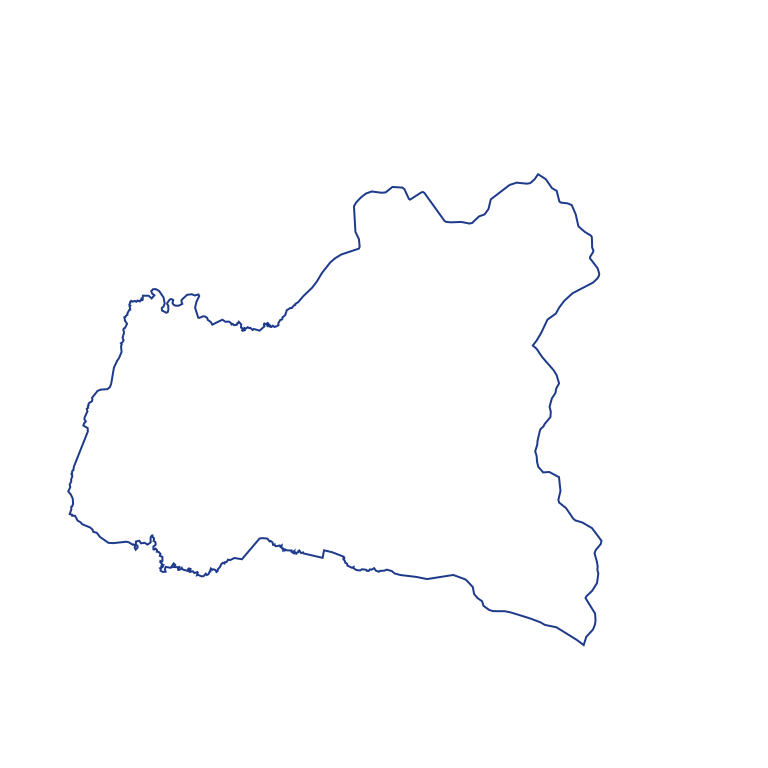 Phu Sang, Phayao, Thailand, rotated 18°
{"feature_id": "78962969B43087545511477", "entity_name": "Phu Sang", "entity_type": "district", "adm_level": 2, "iso_a3": "THA", "parent_name": "Thailand", "parent_adm1": "Phayao", "projection": "robinson", "projection_center": [100.319, 19.641], "detail": "fine", "context": "isolated", "style": "outline", "palette": "blue", "viewbox_px": 768, "rotation_deg": 18, "n_neighbors": 0, "source": "geoboundaries", "source_scale": "gbopen_adm2", "svg_char_len": 6165}
<svg xmlns="http://www.w3.org/2000/svg" viewBox="0 0 768 768"><g transform="rotate(18 384 384)"><path d="M654.6,570.6L654.5,561.9L658.6,553.0L659.0,548.0L658.3,543.6L655.7,537.1L641.8,525.3L642.1,523.3L645.8,516.5L648.1,507.5L646.4,498.0L644.4,494.9L643.6,491.5L641.4,487.2L636.5,479.9L636.7,476.5L639.6,469.2L639.3,465.9L626.4,456.8L615.3,454.4L608.1,454.6L605.6,453.6L595.5,445.8L587.1,442.6L585.6,440.2L584.9,431.2L579.2,418.5L568.3,416.6L562.7,418.9L556.3,415.1L553.6,410.7L551.4,405.3L548.6,401.3L548.5,394.3L547.6,390.7L546.7,380.2L546.8,378.5L548.8,375.0L549.1,372.5L552.5,364.0L551.2,358.8L548.5,354.5L548.1,345.9L549.8,339.6L549.2,335.2L550.3,329.3L545.5,322.3L541.1,318.5L526.2,309.6L518.3,303.4L513.6,301.4L515.7,295.7L517.7,286.8L519.6,272.2L525.7,263.9L527.0,257.1L529.7,249.3L535.2,239.5L551.6,222.8L554.3,217.7L555.0,214.7L554.6,212.5L551.3,207.8L541.2,200.9L540.7,199.5L542.1,193.8L541.8,192.2L539.8,189.9L536.3,180.1L534.9,178.9L528.0,177.3L520.2,174.0L513.9,163.4L507.2,155.8L502.7,155.5L496.3,156.8L494.4,156.3L488.6,147.0L483.2,145.8L474.6,139.2L465.7,136.9L463.9,142.9L461.0,147.8L457.7,149.4L448.0,151.5L442.0,155.8L428.5,175.4L429.3,185.2L427.3,191.6L422.6,195.2L418.0,203.7L415.6,205.0L407.4,206.0L397.6,209.6L393.0,210.6L391.3,210.3L363.4,189.8L361.9,189.4L360.5,190.0L351.8,200.6L350.4,200.2L343.3,192.5L340.9,191.5L331.1,194.0L326.3,201.3L322.5,202.9L312.8,204.7L307.9,208.5L304.3,213.9L301.5,219.9L300.5,224.2L309.8,248.1L315.4,254.0L318.4,260.9L318.3,263.0L303.5,273.9L298.6,279.6L295.4,284.8L290.7,297.5L288.6,306.8L286.1,314.2L280.0,325.6L277.0,332.9L275.0,335.1L275.2,336.3L274.0,337.1L272.8,340.3L271.3,340.8L268.7,343.9L268.8,349.0L266.9,352.0L267.2,354.0L265.6,355.1L264.7,358.7L265.5,360.7L263.7,362.6L262.2,363.6L260.3,362.9L259.3,364.6L257.6,364.7L257.7,363.5L256.8,363.2L255.4,364.9L254.9,364.5L255.2,362.2L254.5,361.9L253.4,363.6L251.5,363.4L251.3,364.5L252.5,366.1L249.2,371.7L243.2,371.9L242.4,373.2L239.5,371.9L238.7,372.5L236.9,372.1L235.5,374.0L234.2,373.9L235.0,375.8L233.2,377.1L232.4,376.8L232.9,374.9L230.6,374.5L229.8,371.5L226.7,369.7L226.4,371.3L225.6,371.7L225.7,373.2L223.1,374.4L221.6,373.6L220.6,374.5L219.3,373.2L217.1,372.6L214.0,373.8L210.4,372.8L202.4,380.6L200.0,378.5L196.6,377.5L195.4,375.8L193.0,375.1L191.0,375.5L188.1,378.1L186.8,378.3L180.8,369.9L180.2,363.9L181.1,357.4L179.8,356.2L176.7,358.3L173.6,358.0L169.2,360.0L165.6,366.4L165.9,368.2L167.4,370.1L164.6,372.9L161.9,373.9L159.5,373.7L157.8,372.3L157.6,369.3L155.9,368.9L154.3,369.6L152.8,373.9L153.1,375.0L154.6,376.2L156.0,380.1L156.1,382.3L155.1,383.5L150.1,382.7L149.2,380.3L150.3,378.7L150.6,375.3L147.5,369.7L141.3,365.0L137.6,364.3L135.1,365.2L133.9,367.6L135.5,369.6L138.2,370.6L136.6,374.4L132.9,372.8L127.4,374.5L128.2,377.6L127.1,377.5L126.9,378.3L127.9,379.1L126.3,380.0L126.2,380.9L123.8,380.8L123.1,382.3L121.4,382.0L119.6,383.3L117.9,383.0L117.2,384.5L117.6,384.9L117.3,387.3L118.5,387.9L118.0,388.7L119.7,391.7L118.9,392.3L118.1,396.2L118.6,397.4L117.4,398.9L117.4,400.2L116.4,400.8L118.2,403.9L121.0,406.1L120.4,410.7L119.4,411.5L119.3,412.9L120.9,415.4L121.1,420.9L122.8,422.8L122.3,425.3L121.2,426.6L122.3,427.5L122.3,429.5L124.5,434.6L124.0,441.2L123.0,444.4L122.1,452.0L124.5,468.4L124.2,471.9L122.4,474.4L116.3,476.9L113.7,479.1L110.6,487.4L111.5,488.9L111.6,490.7L109.5,493.0L109.1,494.5L109.7,495.4L109.2,496.8L110.0,498.0L109.0,499.4L110.4,501.7L109.6,508.3L110.0,510.1L112.0,511.8L110.9,514.0L110.9,516.4L115.8,517.5L117.0,520.7L114.6,558.6L115.2,562.0L114.5,562.6L114.5,564.2L115.1,565.8L114.6,566.2L116.1,567.9L115.9,571.6L116.7,573.3L116.1,576.7L117.5,579.0L116.9,583.7L120.3,585.9L123.4,589.2L125.3,593.9L125.3,596.6L124.5,597.3L125.4,599.9L125.3,604.9L127.8,604.7L128.2,605.7L130.8,604.8L134.8,608.6L138.2,609.3L140.2,610.6L149.0,611.3L151.8,612.6L153.2,614.4L156.9,614.3L161.1,617.2L170.9,620.2L175.2,619.2L187.8,613.6L190.2,613.4L194.8,614.5L195.4,613.9L196.9,614.3L197.6,616.9L199.1,618.3L200.2,615.6L199.4,613.9L197.9,614.2L196.8,610.5L199.6,608.7L202.2,610.6L205.4,609.0L208.7,609.8L211.0,606.8L209.5,602.2L209.9,600.0L210.6,599.6L211.4,601.2L213.0,601.8L213.4,604.5L215.3,604.9L216.4,606.7L216.4,607.8L214.9,609.7L215.8,612.5L216.6,612.5L217.7,611.1L219.5,612.2L219.7,613.7L221.7,613.4L223.9,614.6L223.9,616.7L226.6,616.8L228.0,620.8L227.5,621.8L226.1,621.5L226.2,622.5L228.7,623.9L228.6,625.4L230.1,624.6L230.0,626.6L228.0,628.4L228.9,628.9L229.2,630.6L231.8,631.1L234.3,630.0L232.9,628.0L232.9,625.4L238.0,624.7L239.4,619.6L241.4,620.6L240.6,623.1L245.7,621.5L246.6,620.5L245.1,623.1L245.8,624.4L247.9,623.1L248.5,621.5L249.0,622.3L250.8,622.6L255.7,622.4L255.8,621.6L254.9,620.7L255.6,619.6L257.2,619.7L257.7,622.6L260.0,621.2L262.1,622.4L264.6,620.5L265.2,620.9L265.2,623.7L266.3,623.0L269.9,623.3L271.8,622.5L273.1,619.5L274.4,620.5L275.8,619.2L276.1,616.5L276.9,616.0L276.3,615.1L276.4,613.0L278.2,613.8L278.8,613.0L280.9,612.9L282.8,614.5L283.6,613.3L283.2,611.7L284.5,608.8L285.0,605.4L286.1,603.8L287.7,604.0L287.6,602.8L289.3,602.0L289.9,599.3L292.1,599.0L295.5,595.7L303.0,594.6L313.4,569.4L316.4,568.0L320.9,567.1L323.9,569.1L324.8,568.3L326.9,569.1L328.2,571.2L329.5,570.4L329.7,571.2L331.4,571.7L334.8,569.8L335.7,570.8L336.6,569.3L337.0,571.0L338.1,572.0L338.9,571.7L339.6,573.5L340.5,572.4L341.0,572.8L341.1,571.9L343.1,572.2L347.6,570.9L347.8,572.1L349.0,572.4L350.2,570.7L350.3,572.8L351.0,572.9L351.8,571.7L352.9,572.5L353.5,571.0L354.4,570.6L354.2,569.3L354.8,568.5L357.4,570.4L359.1,569.2L359.8,570.0L379.3,568.3L378.4,560.7L386.8,560.0L398.7,560.7L399.1,561.8L399.4,561.1L400.1,561.7L399.8,563.3L401.2,564.1L402.3,565.9L404.4,566.3L405.3,568.0L410.4,568.7L411.6,567.5L411.8,568.5L415.2,569.5L418.8,568.7L420.5,566.9L424.7,566.2L425.5,567.0L427.2,566.5L427.8,564.7L429.5,564.5L431.5,562.2L433.9,564.0L437.1,564.2L437.8,563.0L441.9,561.5L444.0,559.7L449.0,559.5L452.8,560.9L458.7,560.6L474.3,557.5L485.3,556.2L508.9,544.2L521.8,544.7L524.1,545.7L531.2,549.7L534.6,555.9L539.1,558.7L544.4,560.3L547.1,564.2L553.8,566.4L558.0,566.3L569.0,562.8L574.7,562.1L595.2,561.8L606.6,562.3L611.4,563.4L623.2,562.1L646.4,567.8L654.6,570.6Z" fill="none" stroke="#1e3a8a" stroke-width="2"/></g></svg>